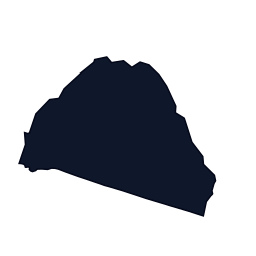 Polk, North Carolina, United States of America (Robinson projection), rotated 15°
{"feature_id": "52423323B70248035417131", "entity_name": "Polk", "entity_type": "district", "adm_level": 2, "iso_a3": "USA", "parent_name": "United States of America", "parent_adm1": "North Carolina", "projection": "robinson", "projection_center": [-82.192, 35.297], "detail": "fine", "context": "isolated", "style": "filled", "palette": "ink", "viewbox_px": 256, "rotation_deg": 15, "n_neighbors": 0, "source": "geoboundaries", "source_scale": "gbopen_adm2", "svg_char_len": 1086}
<svg xmlns="http://www.w3.org/2000/svg" viewBox="0 0 256 256"><g transform="rotate(15 128 128)"><path d="M100.6,188.1L110.8,188.8L115.8,189.1L120.1,189.5L124.7,189.5L139.0,189.9L155.3,190.8L163.6,191.3L184.1,191.9L188.4,192.1L207.5,192.6L223.5,193.4L222.7,178.9L225.5,172.0L226.1,171.1L226.6,170.1L226.7,169.7L226.6,169.2L226.2,168.7L225.9,167.9L225.3,167.2L225.4,159.2L225.5,159.0L226.2,156.3L223.7,151.3L210.3,143.6L207.6,136.2L193.4,125.2L179.8,104.0L169.8,101.0L168.5,94.5L154.5,77.7L143.8,68.3L131.9,61.6L122.6,61.2L116.0,68.4L106.3,64.2L95.2,69.1L89.1,64.9L78.1,70.5L78.0,73.3L68.2,86.7L68.4,86.7L68.7,87.0L56.2,106.6L53.6,117.3L45.0,120.8L35.4,138.2L34.1,158.2L32.7,159.3L31.7,159.3L29.3,159.2L33.3,170.6L33.2,171.9L32.0,190.4L33.8,190.0L36.6,189.9L38.2,190.8L38.8,192.2L39.1,192.4L39.8,192.3L41.8,191.3L42.3,191.4L43.4,192.3L43.5,193.7L45.3,194.7L47.1,194.8L49.8,193.0L50.8,191.3L51.3,191.1L55.2,189.9L61.1,188.8L64.5,186.6L67.5,185.9L68.3,185.8L71.2,185.7L79.9,186.6L93.2,187.7L93.4,187.7L100.5,188.1L100.6,188.1Z" fill="#0f172a" stroke="#020617" stroke-width="1.5"/></g></svg>